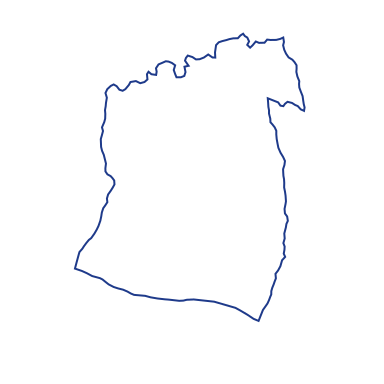 Sud Mennucci, São Paulo, Brazil (Mercator projection), rotated 346°
{"feature_id": "56859067B35855045473957", "entity_name": "Sud Mennucci", "entity_type": "district", "adm_level": 2, "iso_a3": "BRA", "parent_name": "Brazil", "parent_adm1": "São Paulo", "projection": "mercator", "projection_center": [-50.887, -20.678], "detail": "fine", "context": "isolated", "style": "outline", "palette": "blue", "viewbox_px": 384, "rotation_deg": 346, "n_neighbors": 0, "source": "geoboundaries", "source_scale": "gbopen_adm2", "svg_char_len": 2782}
<svg xmlns="http://www.w3.org/2000/svg" viewBox="0 0 384 384"><g transform="rotate(346 192 192)"><path d="M142.0,68.7L138.9,69.4L134.7,71.7L132.0,75.0L132.2,79.9L130.1,84.7L129.0,87.9L127.4,91.5L126.8,95.2L125.5,99.8L123.8,102.9L120.3,107.5L120.4,111.3L118.2,115.3L116.3,118.6L114.7,126.3L114.7,130.3L115.4,134.6L115.4,140.0L115.4,143.6L113.7,148.0L113.0,151.1L114.2,154.4L116.9,156.9L118.2,159.3L119.3,162.0L118.6,165.9L116.1,168.6L113.5,171.1L110.0,174.1L107.9,177.7L107.4,181.4L104.6,184.0L102.0,186.2L99.6,190.0L98.0,193.8L96.1,197.7L93.0,202.4L90.4,205.5L87.2,208.8L83.0,212.4L80.4,213.5L77.4,215.7L74.0,218.5L71.9,220.5L68.3,223.0L66.9,225.4L63.2,232.0L59.9,238.0L66.1,242.0L70.4,245.4L74.8,249.4L81.8,253.3L84.0,255.2L86.7,258.8L88.8,261.5L93.0,265.2L97.0,267.7L101.5,270.1L105.3,273.0L108.1,275.7L110.9,277.8L121.4,281.4L126.4,284.2L132.8,287.0L139.8,289.6L143.4,290.8L153.3,294.5L157.4,295.3L160.8,295.3L167.7,296.7L187.0,303.8L206.1,314.9L209.9,318.4L216.0,324.4L221.1,330.0L225.4,333.2L232.3,323.6L235.8,320.6L238.3,318.4L240.6,315.5L242.5,312.7L244.1,310.6L245.0,307.3L246.7,304.4L248.9,301.4L250.5,298.9L252.5,296.1L253.2,291.6L256.5,289.0L259.8,285.4L262.9,280.0L266.7,277.5L266.1,274.0L267.7,270.5L268.7,267.3L268.3,263.7L270.7,259.5L271.5,254.6L274.5,249.1L275.9,245.8L278.0,243.2L278.4,238.8L277.0,235.3L277.7,230.8L279.8,226.4L280.9,223.8L281.9,218.2L282.3,214.3L282.5,209.9L283.7,205.5L284.4,201.8L284.6,198.5L285.2,195.3L285.9,191.9L288.2,188.2L289.7,184.4L288.9,180.1L287.4,175.3L286.5,170.0L286.7,165.7L287.0,161.1L287.7,156.6L288.6,153.0L287.9,149.3L286.4,145.9L285.0,143.3L285.7,139.8L285.7,134.5L286.5,131.4L286.7,127.9L287.5,123.6L288.2,119.4L297.3,125.9L298.7,129.6L301.4,130.8L303.6,128.9L306.5,127.6L310.6,129.8L313.1,132.5L315.4,134.2L317.5,138.1L320.3,140.4L321.7,137.2L321.7,133.7L322.0,130.4L322.5,125.7L321.9,121.2L321.4,116.6L322.0,113.1L322.9,110.4L322.2,105.4L322.3,100.7L323.3,97.7L324.1,94.3L322.9,90.8L321.4,87.9L318.3,84.8L316.7,80.5L315.9,76.3L315.9,71.7L317.5,68.7L317.9,64.2L314.7,64.8L310.6,64.8L305.0,63.5L301.8,62.3L298.5,64.7L293.1,63.5L290.3,61.4L286.2,64.4L283.3,66.0L281.2,62.6L283.8,59.7L283.0,55.5L281.0,53.5L279.9,50.8L276.9,51.8L273.7,53.9L269.2,52.9L265.3,52.7L262.1,52.9L257.9,52.9L254.2,53.2L250.9,55.3L248.1,62.1L247.1,67.2L244.4,66.4L241.0,62.5L236.1,64.4L231.5,65.0L227.9,64.3L225.1,61.2L220.9,58.6L218.5,60.5L217.0,62.9L219.2,68.7L215.0,68.6L214.7,74.1L212.6,77.5L208.9,78.0L204.7,76.9L204.2,73.5L203.8,69.2L206.3,65.0L203.7,61.9L200.8,59.8L198.2,58.8L194.8,59.4L190.4,60.1L187.0,63.2L186.8,66.7L185.5,69.7L181.1,67.9L178.9,64.8L176.8,66.8L176.0,72.0L172.5,73.8L168.1,73.9L164.4,70.8L158.9,70.4L156.6,72.9L152.2,76.1L149.2,77.0L146.3,75.2L144.5,71.1L142.0,68.7Z" fill="none" stroke="#1e3a8a" stroke-width="2"/></g></svg>